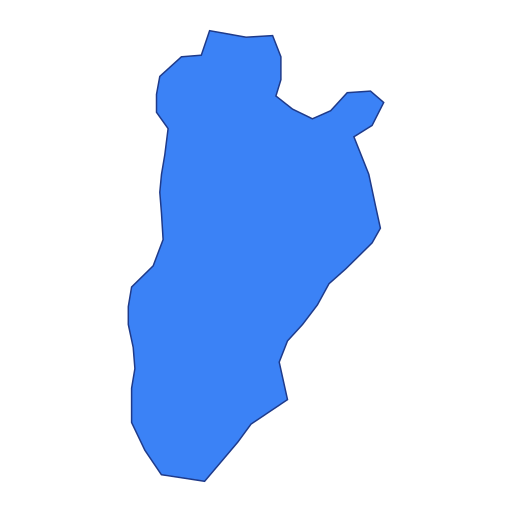 Kouklia Ammochostou, Cyprus (Robinson projection)
{"feature_id": "46923920B61611069046028", "entity_name": "Kouklia Ammochostou", "entity_type": "district", "adm_level": 2, "iso_a3": "CYP", "parent_name": "Cyprus", "parent_adm1": "", "projection": "robinson", "projection_center": [33.759, 35.113], "detail": "fine", "context": "isolated", "style": "filled", "palette": "blue", "viewbox_px": 512, "rotation_deg": 0, "n_neighbors": 0, "source": "geoboundaries", "source_scale": "gbopen_adm2", "svg_char_len": 719}
<svg xmlns="http://www.w3.org/2000/svg" viewBox="0 0 512 512"><path d="M209.6,30.7L201.3,55.2L181.4,56.8L159.8,76.4L156.5,94.4L156.5,112.3L168.1,128.6L164.8,154.8L161.5,174.3L159.8,192.3L161.5,213.5L163.1,239.6L153.2,265.8L131.6,287.0L128.3,306.6L128.3,324.5L133.2,347.4L134.9,368.6L131.6,388.2L131.6,422.5L144.9,450.3L161.4,474.7L204.6,481.3L237.8,442.1L251.0,424.1L287.5,399.6L279.2,362.1L287.5,340.9L302.5,324.5L317.4,304.9L329.0,283.7L345.6,269.0L372.1,242.9L380.4,228.2L375.4,205.4L368.8,174.3L353.9,136.8L372.1,125.4L383.7,102.5L370.5,91.1L347.2,92.7L330.7,110.7L312.4,118.8L292.5,109.1L275.9,96.0L280.9,79.7L280.9,56.8L272.6,35.6L246.1,37.2L209.6,30.7Z" fill="#3b82f6" stroke="#1e3a8a" stroke-width="1.5"/></svg>